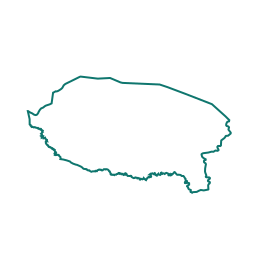 Ou Ya Dav, Rôtânôkiri, Cambodia (Robinson projection), rotated 294°
{"feature_id": "14789045B92198168751109", "entity_name": "Ou Ya Dav", "entity_type": "district", "adm_level": 2, "iso_a3": "KHM", "parent_name": "Cambodia", "parent_adm1": "Rôtânôkiri", "projection": "robinson", "projection_center": [107.357, 13.558], "detail": "fine", "context": "isolated", "style": "outline", "palette": "teal", "viewbox_px": 256, "rotation_deg": 294, "n_neighbors": 0, "source": "geoboundaries", "source_scale": "gbopen_adm2", "svg_char_len": 5604}
<svg xmlns="http://www.w3.org/2000/svg" viewBox="0 0 256 256"><g transform="rotate(294 128 128)"><path d="M176.4,217.3L178.3,212.3L183.9,195.0L182.5,166.0L181.4,147.5L180.6,139.2L167.0,104.7L166.6,102.6L166.4,91.3L160.8,80.3L155.7,63.8L155.1,63.1L142.7,52.8L140.8,51.9L138.1,51.7L136.7,51.2L135.4,50.4L133.6,49.2L132.5,48.1L132.0,46.9L130.2,45.6L129.8,45.2L119.4,48.2L117.8,46.9L115.2,44.0L114.0,43.1L112.2,42.2L110.6,40.7L108.8,40.1L106.3,39.8L105.5,39.9L103.8,39.6L102.9,39.2L102.3,38.5L102.1,37.8L102.0,36.6L102.4,34.5L102.4,32.4L102.8,29.8L102.7,29.6L96.1,34.5L91.3,36.7L91.2,37.0L91.2,37.7L91.0,37.9L90.6,37.9L90.4,38.2L90.3,38.6L89.8,39.4L89.7,39.7L90.0,40.2L90.3,40.0L90.2,41.7L90.7,42.1L90.7,42.6L90.9,42.8L90.9,43.6L90.8,43.9L91.1,44.7L91.0,45.5L91.3,45.5L91.5,45.8L91.4,46.1L91.0,46.6L90.9,47.1L91.5,47.8L91.2,48.4L91.5,48.8L90.9,49.0L91.0,49.4L90.9,49.9L91.1,50.1L90.9,51.1L90.6,51.0L90.4,50.8L90.1,51.2L90.0,50.9L89.7,51.2L89.6,51.4L89.5,51.6L88.2,51.2L87.9,51.4L87.5,51.1L87.4,51.4L86.9,51.6L86.9,51.9L86.3,51.9L86.2,53.0L85.3,52.1L85.2,52.6L84.7,52.7L84.7,53.5L84.4,53.5L85.0,54.1L84.6,54.5L85.1,54.6L85.0,54.9L84.4,55.3L84.7,55.9L85.3,56.3L84.8,56.7L84.4,57.6L84.1,58.0L84.2,58.8L83.9,59.0L83.1,58.7L83.1,59.1L82.9,59.4L82.8,59.1L82.3,58.4L81.8,58.5L81.6,58.9L80.8,59.1L80.2,59.8L79.9,60.8L79.6,61.0L79.6,62.0L79.3,62.1L79.1,62.6L78.9,62.6L78.5,63.4L78.8,63.9L78.6,64.4L79.0,65.0L78.5,65.9L78.8,66.9L78.1,67.2L78.0,67.5L78.1,67.8L78.3,67.8L78.6,68.6L78.4,68.8L77.9,68.8L77.8,69.1L78.0,69.3L78.1,70.1L77.6,70.2L77.3,70.5L77.2,70.5L76.6,71.3L76.3,71.3L76.6,71.8L76.2,72.3L75.9,72.2L75.9,71.9L75.4,72.1L75.2,71.5L74.7,71.3L74.1,72.1L73.6,72.1L73.6,72.4L73.9,72.7L73.9,73.1L74.2,73.6L74.8,73.9L74.8,75.3L74.9,75.6L75.1,75.6L75.1,75.9L74.5,76.5L74.0,78.0L73.7,78.1L73.0,78.8L72.1,78.9L72.9,81.7L73.5,85.3L73.8,88.6L73.3,89.8L73.1,92.3L73.3,95.1L73.6,96.5L73.6,100.6L73.3,102.3L72.8,103.4L72.7,104.3L73.3,106.1L73.2,106.7L73.5,107.0L73.2,107.5L73.0,108.2L73.1,109.1L73.2,109.3L73.5,109.5L73.6,110.0L73.2,110.8L73.1,112.3L74.0,113.3L74.8,115.1L75.1,115.3L75.2,115.8L75.4,115.8L75.3,116.2L75.8,116.5L76.0,117.2L76.9,117.2L77.4,117.7L77.8,118.3L78.1,118.3L78.4,118.7L78.5,119.7L78.9,120.1L78.9,120.3L78.7,120.4L78.6,120.8L78.6,121.3L78.8,121.7L79.0,122.0L80.4,122.6L81.0,123.7L80.9,124.0L81.2,124.4L81.1,124.6L81.7,125.3L81.8,126.5L81.5,127.5L80.9,128.2L80.8,128.5L81.0,128.6L81.0,128.8L80.6,129.3L80.4,129.3L80.0,130.0L79.2,130.6L79.2,130.8L78.7,130.9L78.5,131.3L78.8,131.8L78.6,132.3L78.8,132.7L79.0,132.8L79.0,133.0L79.3,133.4L79.2,133.6L79.3,133.9L79.4,134.1L79.4,134.7L80.0,134.9L80.4,135.6L80.5,136.1L81.4,136.5L81.8,137.3L82.1,137.4L82.5,137.4L83.1,137.7L83.4,138.5L82.8,139.0L83.3,139.5L83.5,139.9L83.1,140.2L83.0,140.6L83.3,141.3L83.8,141.6L83.3,143.0L83.7,143.3L83.9,143.9L84.9,143.4L85.0,143.5L84.8,144.0L84.5,144.4L84.6,144.7L85.6,144.6L85.5,145.2L85.3,145.4L84.8,145.0L84.6,145.1L84.7,146.0L84.3,146.7L84.1,147.2L84.9,149.2L85.5,150.0L85.5,150.5L84.7,151.2L84.7,151.9L84.6,152.2L84.5,153.5L85.1,154.5L85.8,154.7L86.1,156.3L85.7,157.0L85.8,157.2L86.4,157.3L86.5,157.5L86.4,158.2L86.7,159.1L86.4,159.4L85.7,159.7L85.7,160.0L86.2,160.1L86.9,160.7L86.9,161.9L88.2,162.7L88.7,162.7L88.6,162.9L88.0,163.1L87.9,163.5L88.3,164.5L87.7,165.2L87.7,165.7L88.8,165.7L89.4,166.0L90.5,166.0L91.1,166.7L91.7,166.7L91.8,167.0L91.7,167.2L91.7,167.7L92.4,168.1L92.5,168.8L93.0,168.9L93.4,168.7L93.4,167.9L94.7,167.8L94.8,167.6L94.5,166.8L95.5,167.3L95.8,167.7L96.0,168.4L96.5,168.7L96.5,169.4L96.3,170.1L97.7,170.7L97.7,170.9L97.3,171.2L96.9,171.7L96.4,171.7L96.3,172.2L96.5,173.2L96.2,173.4L96.2,173.7L97.5,173.7L98.1,174.3L98.5,174.4L97.9,175.1L97.9,175.3L98.3,176.1L98.2,176.5L98.5,176.7L99.4,176.8L100.4,176.3L100.7,176.6L100.9,176.8L100.7,177.1L99.9,177.8L100.0,178.1L100.8,178.5L101.0,178.9L101.1,179.4L100.9,180.2L101.5,180.6L102.1,180.8L102.6,181.3L102.7,183.0L102.6,183.3L102.0,183.9L102.1,184.2L102.9,184.9L102.5,185.1L102.3,185.0L101.6,184.3L101.4,184.2L101.3,184.4L101.9,185.5L102.0,186.3L103.0,187.0L103.2,186.8L103.1,186.5L103.2,186.3L103.8,186.7L104.4,187.7L106.6,188.3L106.7,188.6L105.3,191.6L105.5,192.7L105.9,193.1L106.5,195.2L106.0,196.5L106.7,198.1L106.3,199.0L105.4,200.3L105.0,201.2L104.0,201.5L103.8,201.8L103.5,203.5L103.1,203.7L102.8,203.5L102.4,203.1L101.9,202.1L101.4,202.1L100.9,202.4L100.9,202.7L102.0,204.5L102.4,205.5L102.5,206.0L102.4,206.3L101.1,206.9L100.3,206.4L99.4,205.6L98.7,205.7L98.2,207.1L97.6,207.4L96.9,208.3L96.8,208.7L96.9,210.0L96.8,210.7L95.4,210.9L95.0,211.3L95.3,212.4L95.0,212.9L95.6,213.2L96.0,213.8L97.6,216.8L99.4,218.2L101.0,219.7L101.8,222.6L103.9,225.6L104.4,226.3L104.7,226.4L108.1,224.6L108.6,224.5L109.7,224.6L110.4,225.0L111.2,225.1L111.8,224.8L111.9,224.4L111.8,223.2L112.1,222.6L112.5,222.4L113.0,222.4L114.8,223.3L115.3,223.3L115.6,223.2L115.9,222.4L114.9,219.7L114.9,219.2L115.1,218.9L116.6,218.8L118.6,216.8L119.7,216.0L122.5,214.9L126.6,213.9L127.2,213.3L127.6,211.6L127.9,211.2L128.5,210.9L129.0,210.8L129.7,211.1L130.4,211.9L131.0,211.7L131.2,209.4L131.7,207.8L132.0,207.3L133.6,206.0L134.1,205.9L135.0,206.4L135.7,207.2L138.2,211.3L140.4,214.0L141.1,215.8L142.4,216.6L143.0,217.1L143.6,219.1L144.3,219.6L144.6,219.7L145.1,219.4L146.5,217.7L147.1,217.3L148.1,217.5L148.5,218.1L149.0,219.6L149.8,220.0L154.3,218.3L154.7,218.3L157.9,220.1L159.4,220.5L160.2,220.5L160.6,220.7L161.7,222.6L164.6,224.0L165.3,223.9L165.7,223.5L167.2,220.7L167.7,220.3L169.5,220.1L169.8,219.9L170.2,218.9L170.0,217.3L170.4,216.6L170.8,216.4L171.9,216.1L173.3,216.1L174.1,216.3L175.2,217.6L176.4,217.3Z" fill="none" stroke="#0f766e" stroke-width="2"/></g></svg>